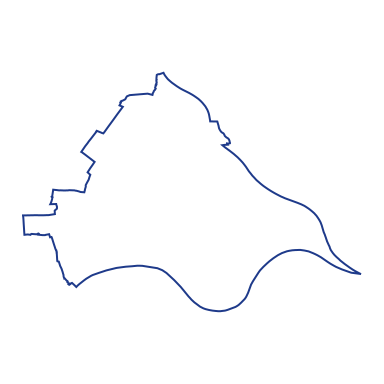 outline of Lingewaard, Gelderland, Netherlands
{"feature_id": "6326949B2884966550009", "entity_name": "Lingewaard", "entity_type": "district", "adm_level": 2, "iso_a3": "NLD", "parent_name": "Netherlands", "parent_adm1": "Gelderland", "projection": "equal_earth", "projection_center": [5.93, 51.907], "detail": "fine", "context": "isolated", "style": "outline", "palette": "blue", "viewbox_px": 384, "rotation_deg": 0, "n_neighbors": 0, "source": "geoboundaries", "source_scale": "gbopen_adm2", "svg_char_len": 5587}
<svg xmlns="http://www.w3.org/2000/svg" viewBox="0 0 384 384"><path d="M96.3,131.4L96.5,131.5L92.8,136.3L90.8,138.9L88.7,141.5L87.7,143.0L85.2,146.2L81.3,151.9L81.7,152.1L85.1,154.6L94.6,161.9L92.5,165.0L90.1,168.4L89.3,169.7L87.6,172.3L90.3,174.8L90.0,175.5L89.8,176.1L89.4,177.2L88.7,179.6L87.1,182.5L85.8,185.0L85.7,185.6L85.8,186.6L84.9,189.7L84.9,190.1L84.3,192.3L80.6,192.0L80.3,191.9L78.9,191.4L77.4,191.0L76.2,190.7L75.6,190.7L74.6,190.4L73.5,190.3L72.4,190.3L69.6,190.2L69.0,190.2L68.0,190.4L66.2,190.4L65.1,190.5L62.0,190.4L60.3,190.3L59.2,190.4L57.0,190.1L53.2,189.7L52.2,196.3L52.3,196.5L52.0,196.5L51.9,196.6L52.1,196.7L52.1,196.9L51.8,196.9L51.8,197.0L52.0,197.1L52.3,197.2L52.2,198.6L52.1,199.2L51.9,199.8L51.7,200.6L51.2,202.1L50.7,203.4L50.3,204.2L56.1,204.0L56.1,204.3L56.5,205.2L57.0,206.9L56.9,208.7L54.8,210.5L54.7,210.7L54.8,213.0L54.9,214.1L53.7,214.3L48.7,215.1L47.8,215.1L42.6,215.3L35.5,215.2L25.1,215.4L23.0,215.4L23.0,215.5L23.3,217.5L23.5,220.4L23.7,223.9L24.4,234.8L24.6,234.8L26.1,234.6L27.5,234.5L27.3,234.4L30.5,234.8L30.9,234.2L31.7,233.9L32.5,234.0L36.6,234.3L38.3,233.5L38.5,233.6L38.4,233.8L38.7,233.9L38.4,234.7L42.3,235.1L43.8,235.1L44.3,235.1L45.1,235.1L45.4,235.0L45.5,234.9L49.1,234.2L50.1,237.3L51.5,237.0L52.0,238.1L53.4,242.6L54.0,244.5L54.5,246.0L55.4,248.8L56.0,250.2L56.1,250.6L56.2,250.8L56.4,250.7L56.7,251.7L56.8,252.4L56.8,253.2L56.8,253.4L56.7,253.4L56.8,253.8L57.2,260.1L57.3,261.1L57.4,261.3L57.8,261.4L58.8,261.6L59.7,264.4L60.1,265.7L60.3,266.2L61.3,268.2L61.6,268.9L62.6,271.9L63.1,273.7L63.5,274.9L63.5,275.2L63.6,276.4L63.7,276.8L63.9,277.5L64.1,277.9L64.2,278.2L64.4,278.0L65.5,279.3L66.7,280.7L66.9,280.7L67.1,280.8L67.5,281.2L67.7,281.4L67.4,282.1L67.4,282.3L67.7,282.5L68.3,283.1L68.7,283.3L69.5,283.5L69.6,284.0L69.4,284.2L68.8,284.5L69.2,284.8L70.2,284.2L71.2,283.3L71.4,283.1L72.0,282.9L73.3,284.1L74.5,285.2L76.3,287.0L77.6,285.6L79.3,284.1L84.0,280.4L86.3,278.7L89.3,276.9L91.1,275.8L92.8,275.0L98.8,272.9L106.4,270.4L116.2,268.0L117.4,267.8L125.8,266.7L132.6,266.2L137.5,265.7L142.1,265.8L157.4,268.2L162.3,270.2L166.5,273.0L174.2,280.1L180.8,287.0L188.5,296.4L190.1,298.1L191.4,299.6L192.9,301.0L194.4,302.4L196.7,304.1L200.0,306.6L203.3,308.3L205.5,309.1L207.5,309.6L208.7,309.9L210.2,310.2L212.5,310.6L215.0,310.9L218.2,311.2L220.3,311.2L222.6,310.9L224.4,310.7L225.5,310.5L227.8,309.8L235.3,307.0L235.9,306.7L237.4,305.8L238.7,304.9L241.1,302.7L244.6,299.1L245.5,297.9L246.0,297.1L246.3,296.6L248.1,292.8L251.1,284.5L251.8,283.3L252.8,281.5L253.6,280.2L258.4,272.7L259.8,270.7L260.2,270.2L263.4,266.8L265.2,265.1L267.0,263.4L269.5,261.2L273.4,258.2L277.9,255.2L281.9,253.1L285.5,251.8L286.9,251.3L289.2,250.8L292.3,250.3L294.9,250.1L300.1,249.9L304.4,250.5L308.6,251.4L313.1,253.2L315.3,254.2L317.5,255.3L321.0,257.3L327.5,261.8L330.4,263.7L333.9,265.7L336.1,266.9L341.9,269.4L351.2,272.7L358.0,273.6L359.5,273.8L361.0,274.1L359.7,273.5L355.0,271.0L352.7,269.6L349.7,267.6L344.7,264.0L340.4,260.6L339.1,259.3L336.4,256.9L334.3,254.8L333.5,253.8L332.9,253.1L330.9,250.2L330.7,249.8L330.0,248.2L329.5,246.5L328.9,245.4L327.0,241.2L326.6,239.9L326.3,239.1L325.9,237.8L325.1,235.6L324.9,234.9L323.7,232.1L321.7,225.3L320.6,222.4L319.7,220.7L318.3,218.4L316.5,215.8L315.9,215.1L315.3,214.5L314.4,213.4L313.6,212.7L312.5,211.7L310.2,209.8L308.6,208.6L306.2,207.0L304.3,205.8L302.8,205.1L301.4,204.4L300.4,204.0L297.7,202.9L287.3,199.1L285.1,198.3L283.1,197.4L281.0,196.5L277.9,194.9L275.6,193.7L273.3,192.4L271.1,191.1L268.1,189.2L265.9,187.7L263.9,186.3L262.7,185.4L260.6,183.7L258.8,182.1L256.8,180.4L256.0,179.6L254.4,177.8L252.4,175.7L250.7,173.5L248.9,171.3L246.0,166.9L244.5,164.9L242.7,162.6L240.2,159.9L237.5,157.2L235.3,155.3L233.7,153.9L231.9,152.5L230.1,151.1L225.2,147.5L222.4,145.2L224.4,144.9L225.7,144.8L226.0,144.8L227.5,144.7L227.1,144.2L227.0,143.8L227.0,143.4L228.5,143.6L229.4,143.4L229.7,143.4L229.9,143.3L229.9,143.2L230.0,143.0L229.6,141.5L229.5,141.0L229.4,140.5L229.2,140.2L229.0,139.5L228.7,139.2L228.5,138.9L227.8,138.2L226.5,137.5L225.3,136.4L224.8,135.9L224.6,135.5L224.5,135.2L224.3,134.6L224.0,134.2L223.7,133.7L223.4,133.3L223.2,133.2L221.8,132.4L221.4,132.0L220.9,131.5L220.3,130.6L219.8,129.8L219.2,128.6L219.1,128.4L218.7,126.7L218.6,126.0L217.3,121.5L210.2,121.4L210.0,119.9L209.3,116.0L209.1,115.0L208.8,113.7L208.3,112.2L207.5,110.2L207.0,109.2L206.1,107.7L205.5,106.6L204.8,105.7L202.6,103.0L200.9,101.2L198.5,99.0L196.0,97.2L193.8,95.7L192.2,94.7L189.0,92.9L182.8,89.8L180.4,88.5L176.8,86.2L174.7,84.7L171.9,82.7L169.9,81.0L168.0,79.3L167.4,78.6L166.6,77.6L165.2,75.8L164.4,74.6L163.5,72.8L159.4,74.2L158.5,74.2L157.7,74.4L156.8,74.9L156.7,75.5L156.6,76.8L156.5,77.1L156.5,78.1L156.4,78.8L156.4,79.4L156.7,79.8L156.4,80.2L156.3,80.7L156.4,81.4L156.7,82.1L156.7,82.3L156.5,83.4L156.2,83.5L156.2,84.2L156.3,84.4L156.1,84.6L155.8,84.8L155.7,84.9L155.6,85.1L155.8,85.3L156.1,85.3L155.4,86.7L155.2,87.3L155.1,87.6L155.1,87.8L155.2,88.0L155.4,88.2L155.7,88.6L155.0,89.8L154.8,89.8L154.7,89.9L154.1,90.8L153.8,91.1L153.6,91.8L153.3,92.5L152.7,93.4L152.6,94.6L152.5,94.9L147.8,93.7L147.2,93.7L143.4,94.0L130.1,95.1L129.8,95.1L129.3,95.3L128.9,95.5L127.0,96.3L126.8,96.5L126.6,96.8L125.7,98.4L125.6,98.6L125.5,98.9L125.3,99.2L124.9,99.5L124.3,99.8L121.9,101.0L121.8,100.9L121.4,101.1L121.5,101.2L121.3,101.3L120.3,102.4L120.5,102.7L120.8,102.8L120.6,103.3L120.4,103.7L119.5,105.4L122.8,106.8L121.2,109.0L117.4,114.1L112.5,120.9L110.8,123.2L108.3,126.6L104.3,132.2L103.3,133.4L101.5,132.8L101.4,132.7L98.2,131.4L96.7,130.8L96.3,131.4Z" fill="none" stroke="#1e3a8a" stroke-width="2"/></svg>